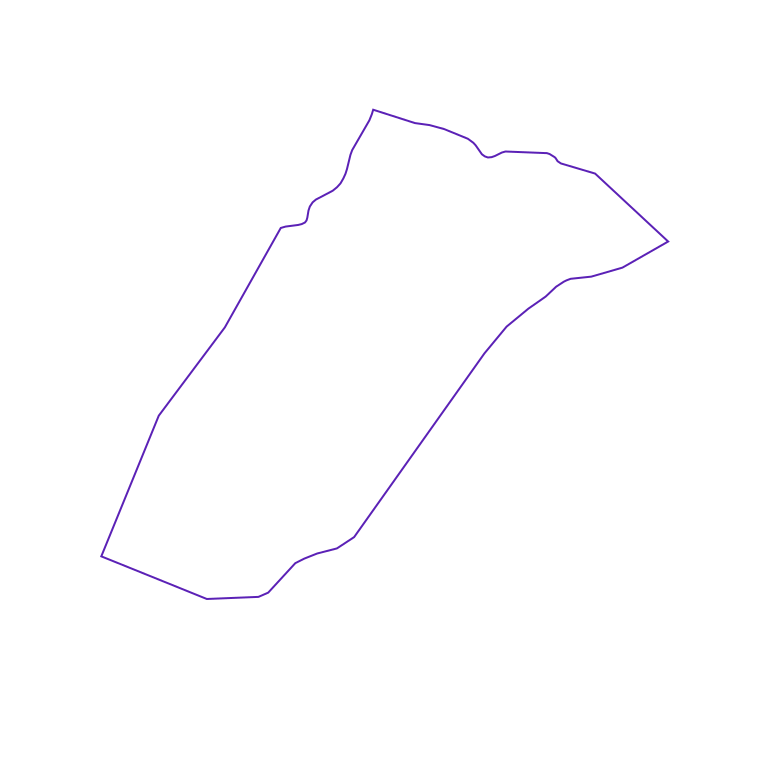 the Province of Ghardaïa, rotated 28°
{"feature_id": "DZA-2192", "entity_name": "Ghardaïa", "entity_type": "Province", "adm_level": 1, "iso_a3": "DZA", "parent_name": "Algeria", "parent_adm1": "", "projection": "albers", "projection_center": [3.122, 31.033], "detail": "fine", "context": "isolated", "style": "outline", "palette": "violet", "viewbox_px": 768, "rotation_deg": 28, "n_neighbors": 0, "source": "natural_earth", "source_scale": "10m", "svg_char_len": 956}
<svg xmlns="http://www.w3.org/2000/svg" viewBox="0 0 768 768"><g transform="rotate(28 384 384)"><path d="M219.6,294.7L223.2,291.2L233.5,283.9L236.3,281.4L238.4,278.5L238.8,276.0L238.2,273.1L235.9,266.3L235.2,262.1L235.7,257.1L237.3,253.1L248.0,237.4L250.1,232.4L251.4,227.3L251.6,221.6L251.3,216.5L250.4,211.6L246.8,197.5L246.1,192.4L247.3,158.1L246.6,151.5L245.7,146.9L288.8,139.1L302.7,134.0L317.3,130.7L342.9,128.1L349.7,129.1L352.8,130.2L362.6,135.2L366.2,135.7L369.4,135.2L372.5,133.2L374.9,130.6L379.4,124.3L382.1,121.7L418.8,104.0L419.3,103.7L422.3,103.2L428.2,103.6L429.5,104.0L432.7,105.8L436.7,106.2L471.6,99.1L568.0,124.8L539.9,169.3L516.6,191.9L499.4,203.5L496.5,206.8L494.7,209.3L490.3,217.3L485.7,230.9L476.1,249.7L465.3,275.8L458.3,309.8L429.5,533.2L419.6,551.3L404.6,565.0L395.6,575.6L389.8,583.8L379.7,622.6L373.1,630.9L328.5,657.0L215.3,668.9L200.0,517.7L216.9,408.7L219.6,294.7Z" fill="none" stroke="#5b21b6" stroke-width="2"/></g></svg>